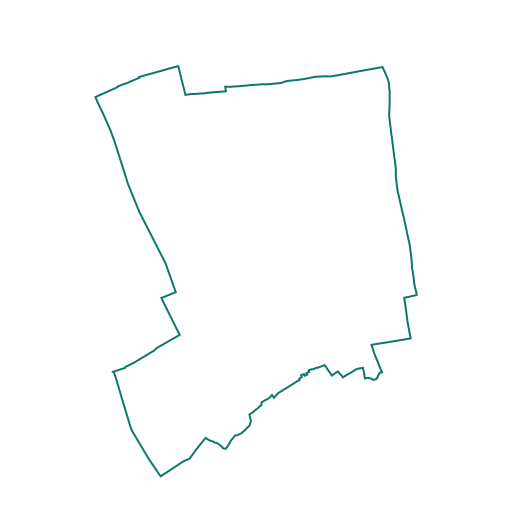 Targu Bujor, Galati, Romania (Albers equal-area conic projection), rotated 350°
{"feature_id": "2599482B16155789325197", "entity_name": "Targu Bujor", "entity_type": "district", "adm_level": 2, "iso_a3": "ROU", "parent_name": "Romania", "parent_adm1": "Galati", "projection": "albers", "projection_center": [27.937, 45.873], "detail": "fine", "context": "isolated", "style": "outline", "palette": "teal", "viewbox_px": 512, "rotation_deg": 350, "n_neighbors": 0, "source": "geoboundaries", "source_scale": "gbopen_adm2", "svg_char_len": 4590}
<svg xmlns="http://www.w3.org/2000/svg" viewBox="0 0 512 512"><g transform="rotate(350 256 256)"><path d="M95.1,345.2L96.0,346.7L96.2,347.9L96.6,350.1L96.7,351.1L97.0,353.4L97.4,356.8L98.7,368.0L98.7,368.8L100.5,384.1L102.7,402.5L103.1,404.7L103.5,406.5L107.3,416.6L112.1,429.2L114.0,434.1L115.9,438.9L123.8,456.4L132.0,452.9L140.6,449.2L147.9,446.0L150.7,445.1L155.3,444.1L163.4,436.3L169.1,431.3L169.7,430.8L172.7,428.2L174.9,426.4L176.4,427.9L177.5,429.0L178.4,429.6L179.2,430.1L180.9,430.9L181.7,431.4L182.9,432.5L183.4,432.8L184.5,433.1L186.1,434.2L186.1,434.3L187.1,435.5L188.2,436.8L188.4,437.0L189.7,438.4L189.8,438.7L189.9,439.3L190.7,439.9L192.5,440.6L193.6,439.7L194.1,439.3L195.3,438.3L196.7,436.6L197.7,435.5L198.3,434.7L199.3,433.4L200.0,432.7L200.6,432.3L201.2,431.8L201.8,431.3L202.7,430.5L204.3,429.2L206.2,429.2L206.9,429.0L208.3,428.8L210.6,428.1L212.7,426.9L213.9,426.3L214.7,425.8L218.1,423.2L219.4,422.6L219.7,422.2L220.3,421.6L222.3,418.1L222.0,411.1L222.5,410.9L223.7,410.2L225.7,409.4L225.9,409.3L228.6,407.6L230.1,406.8L230.8,406.5L231.1,406.4L232.6,405.4L233.5,404.8L235.5,403.6L235.7,403.2L235.8,402.0L236.0,401.5L236.1,401.2L236.6,400.7L237.6,400.5L238.1,400.4L238.9,400.0L239.2,399.8L242.3,399.0L243.1,398.6L243.7,398.3L245.1,397.8L245.7,397.2L247.3,395.8L247.6,395.6L249.2,398.8L250.9,397.3L253.6,395.1L254.2,394.8L260.5,392.3L261.0,392.1L262.7,391.5L266.1,390.1L269.7,388.6L270.1,388.5L274.2,386.7L275.1,386.3L277.3,385.8L277.2,384.8L277.2,384.7L277.4,384.3L278.5,383.9L280.0,383.3L279.7,381.2L282.7,380.6L282.8,381.4L283.0,382.4L285.8,381.8L285.6,380.9L285.4,380.1L288.1,379.5L287.8,377.8L288.0,377.7L290.7,377.2L291.5,377.5L294.0,377.1L296.5,376.6L296.8,376.6L297.0,376.8L302.0,375.9L303.9,375.5L304.1,375.5L304.6,375.4L305.4,377.0L306.4,379.1L308.4,383.5L309.9,386.9L315.0,384.6L316.6,383.9L319.9,389.3L320.5,390.6L321.0,390.4L324.0,389.2L326.5,388.2L327.0,388.2L331.0,386.6L335.0,385.0L336.8,384.7L340.9,384.7L341.9,384.7L342.0,388.9L342.0,395.2L342.0,395.4L343.6,395.5L344.5,395.3L345.2,395.4L345.4,395.5L345.7,395.7L347.3,396.3L348.7,397.2L349.7,398.2L351.6,398.3L352.7,398.2L353.8,397.5L354.4,396.9L354.9,396.0L355.0,396.0L355.6,394.9L356.8,393.4L357.5,392.5L358.3,392.5L359.5,392.5L359.6,392.4L359.9,392.4L359.8,392.1L358.5,386.2L358.1,384.5L357.8,382.8L356.8,378.3L356.7,377.9L355.6,372.8L355.1,369.3L354.7,365.9L354.4,363.5L369.9,363.8L381.4,363.9L386.7,364.0L387.7,364.0L394.0,364.0L393.9,359.2L393.9,356.0L393.8,348.0L394.6,327.8L394.7,323.7L394.8,322.9L397.1,322.8L398.8,322.8L403.7,322.5L407.3,322.4L407.6,320.6L407.4,316.9L407.1,315.0L407.1,312.4L407.1,312.1L407.1,309.8L407.2,308.9L407.3,308.0L407.4,306.3L407.5,304.6L407.5,300.0L407.7,297.8L407.5,294.9L408.0,292.1L408.4,287.9L408.5,286.7L408.6,285.4L408.7,284.0L408.8,281.7L409.2,273.3L409.3,272.1L409.2,270.7L409.2,268.5L409.0,266.1L409.0,265.0L408.8,261.6L408.8,261.3L408.7,256.5L408.6,252.8L408.4,247.5L408.3,244.7L407.6,235.2L407.7,233.4L407.5,231.8L407.2,226.2L407.2,224.9L407.1,223.1L406.8,215.9L407.0,210.7L407.3,205.0L407.5,202.8L407.6,201.3L407.7,200.6L408.9,194.2L409.0,194.1L409.0,193.5L408.9,192.4L409.2,188.4L409.4,182.4L409.6,179.4L409.7,176.1L410.0,170.1L410.1,167.4L410.3,164.8L410.5,159.0L410.7,155.1L410.8,154.0L410.9,151.1L411.1,148.0L411.2,145.0L411.5,140.9L412.0,138.4L413.4,132.5L413.8,130.1L414.4,127.3L415.4,121.4L415.8,119.8L416.3,116.9L416.3,115.1L416.4,113.5L416.6,111.8L416.7,110.8L416.8,109.8L416.8,109.1L416.9,108.4L416.8,106.9L416.4,104.2L415.2,98.8L414.9,97.7L414.5,96.3L414.2,95.0L413.4,91.9L385.8,92.0L368.6,92.2L360.7,92.1L354.5,90.9L345.2,89.8L337.0,90.0L331.7,90.0L327.0,89.8L317.8,89.1L315.5,89.1L310.9,90.0L295.9,88.8L293.3,88.1L288.0,87.6L281.3,86.8L276.7,86.5L276.2,86.5L274.9,86.4L274.7,86.3L273.8,86.3L273.0,86.2L269.7,85.9L266.3,85.6L265.6,85.5L263.0,85.2L260.5,85.0L255.1,83.9L255.0,88.6L251.8,88.3L248.5,87.9L245.2,87.6L241.8,87.3L240.1,87.2L238.3,87.0L234.8,86.8L233.5,86.9L231.2,86.6L229.0,86.3L225.5,86.0L223.1,85.7L221.3,85.4L218.7,85.2L216.0,85.1L215.3,85.1L214.5,85.2L213.3,68.4L212.4,55.6L209.0,55.8L206.6,56.0L186.8,58.0L179.9,58.6L176.1,59.0L174.5,59.2L171.9,59.5L172.0,60.2L170.3,60.6L168.2,61.1L165.4,61.7L160.2,63.0L159.0,63.3L155.8,63.8L149.1,65.0L148.8,65.7L132.6,69.8L127.0,71.2L125.5,71.6L126.2,74.9L126.6,76.8L127.9,81.5L129.9,88.6L130.5,90.8L134.5,107.0L136.6,118.6L142.5,163.2L148.8,192.4L165.7,247.7L169.8,272.3L170.7,277.7L155.5,280.9L167.1,320.5L154.4,325.0L141.7,329.6L139.6,331.3L116.9,340.0L108.0,342.6L107.5,343.5L103.7,344.0L99.4,344.6L96.3,345.1L95.1,345.2Z" fill="none" stroke="#0f766e" stroke-width="2"/></g></svg>